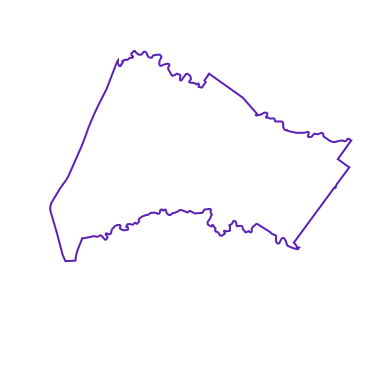 outline of Moreland, Victoria, Australia, rotated 298°
{"feature_id": "25037944B23324068897437", "entity_name": "Moreland", "entity_type": "district", "adm_level": 2, "iso_a3": "AUS", "parent_name": "Australia", "parent_adm1": "Victoria", "projection": "robinson", "projection_center": [144.955, -37.736], "detail": "fine", "context": "isolated", "style": "outline", "palette": "violet", "viewbox_px": 384, "rotation_deg": 298, "n_neighbors": 0, "source": "geoboundaries", "source_scale": "gbopen_adm2", "svg_char_len": 6060}
<svg xmlns="http://www.w3.org/2000/svg" viewBox="0 0 384 384"><g transform="rotate(298 192 192)"><path d="M76.7,121.3L78.9,120.4L83.6,118.9L87.0,118.3L99.7,116.8L101.0,119.1L102.8,121.1L104.7,123.5L106.7,125.7L107.2,126.6L107.5,128.3L107.9,129.2L108.5,129.9L110.6,131.3L110.9,131.7L110.9,132.6L109.1,137.5L109.3,138.2L110.0,138.6L111.8,138.9L112.1,138.9L112.5,138.5L113.1,137.5L114.1,135.7L114.3,135.5L114.7,135.5L115.2,135.6L115.3,135.8L115.7,138.7L116.2,139.3L117.1,139.8L118.1,139.8L119.8,139.1L120.7,139.0L122.4,139.0L124.0,139.7L125.3,139.8L125.9,140.1L127.9,141.6L128.2,142.1L128.9,143.6L128.8,144.5L128.5,144.9L126.9,145.0L125.8,145.9L125.8,146.4L125.9,148.3L126.3,150.1L128.1,152.4L128.8,153.1L129.1,153.1L130.2,152.4L130.9,151.6L130.8,151.2L130.4,150.5L130.4,150.3L131.6,150.0L133.2,150.2L134.3,151.8L134.8,152.9L135.0,154.2L135.2,154.9L135.6,155.3L137.3,155.8L138.0,156.1L138.2,156.4L138.1,158.0L138.2,158.5L139.1,158.6L140.7,159.2L141.5,159.0L142.0,158.3L142.7,157.9L143.8,158.0L146.8,159.4L150.0,162.1L150.8,163.5L151.5,164.1L153.9,165.2L154.4,165.8L156.0,168.2L156.7,170.1L156.8,171.2L156.7,172.2L157.0,172.8L157.4,173.1L158.0,173.3L158.6,173.3L160.2,172.7L161.3,172.6L162.2,173.2L162.5,173.8L162.0,174.9L162.1,175.2L162.2,175.5L162.6,175.8L163.3,175.9L163.8,176.3L163.8,177.0L163.8,177.4L163.5,177.9L163.0,178.3L162.3,178.6L161.7,179.3L160.9,181.4L160.9,182.2L161.1,183.0L161.7,183.8L164.5,185.1L165.1,186.2L165.7,186.5L167.7,188.3L170.4,189.8L171.1,191.2L171.8,197.5L172.0,197.9L174.0,198.6L174.4,199.4L174.4,204.1L174.4,204.6L174.8,205.2L178.4,210.8L179.1,211.1L181.6,211.1L182.4,211.3L182.7,211.6L183.8,213.4L185.6,215.8L185.4,216.7L185.1,217.1L183.8,217.4L183.6,217.7L182.2,218.4L181.7,219.8L181.2,220.2L179.2,220.0L178.2,220.4L176.4,220.4L173.1,219.9L171.6,220.5L171.1,220.9L170.7,221.4L170.7,221.9L170.5,224.8L170.7,225.2L171.0,225.4L172.4,225.5L172.6,225.7L172.6,226.3L171.7,227.4L171.2,228.9L170.5,230.1L169.2,230.3L168.4,231.1L168.2,231.7L168.5,232.7L168.6,233.9L167.7,235.8L167.0,236.7L166.8,237.3L167.2,238.4L167.7,239.0L170.8,240.6L171.4,240.2L172.2,238.7L172.5,238.6L173.0,238.7L173.5,240.8L173.9,241.5L175.0,243.1L175.8,243.6L177.3,242.7L179.0,242.2L179.5,241.6L179.8,240.8L180.2,240.6L180.5,240.7L181.1,241.4L182.5,242.1L183.6,242.3L185.3,242.0L186.0,242.4L186.4,243.0L186.2,244.5L186.0,245.1L185.1,246.0L183.2,247.2L183.0,247.8L183.2,248.3L184.2,249.6L184.8,250.5L185.3,251.9L185.2,252.5L185.0,252.9L182.9,254.4L182.7,255.0L182.5,256.4L181.6,257.6L181.6,258.4L184.0,260.4L184.0,261.1L183.8,261.7L183.8,262.4L184.1,263.0L184.5,263.2L185.2,263.3L187.5,262.0L189.6,262.1L193.8,263.7L194.3,264.3L194.4,265.0L193.3,279.6L193.3,280.2L192.7,281.2L192.6,283.3L193.0,285.8L193.0,286.2L192.5,287.0L187.8,289.4L187.1,290.3L186.8,291.9L187.0,292.6L187.7,293.1L192.7,293.0L193.2,293.1L194.0,293.7L194.4,294.6L194.1,295.5L192.7,298.0L190.1,300.5L189.6,301.2L189.4,301.9L189.9,307.5L190.6,310.4L191.1,312.3L193.2,312.7L192.5,310.6L193.6,309.4L194.0,308.4L194.5,307.6L194.8,306.2L195.1,305.7L263.2,315.7L263.1,316.7L266.3,316.1L287.7,319.3L288.0,316.0L289.5,305.3L296.4,306.3L299.4,306.7L309.3,307.9L309.3,308.0L312.2,308.4L312.1,307.5L312.5,306.5L312.5,305.4L312.4,304.9L311.5,304.2L310.0,304.2L309.5,304.0L308.9,303.5L308.3,302.6L308.2,301.1L307.8,300.1L306.7,298.5L304.0,295.6L302.6,293.7L302.2,292.3L301.9,289.6L302.4,285.9L302.7,282.6L302.8,282.2L303.4,281.6L304.3,281.1L305.2,280.0L305.2,279.4L305.1,278.8L304.4,278.0L302.4,276.3L302.0,275.8L301.5,274.9L301.2,273.0L300.7,272.6L299.4,272.1L297.5,271.9L296.1,270.8L295.6,269.7L295.4,269.2L295.4,268.5L295.8,268.0L296.5,267.8L298.0,267.8L298.9,267.5L299.5,266.9L299.6,266.1L297.1,263.5L294.2,258.2L292.8,255.1L292.7,254.3L291.7,251.0L291.2,248.5L290.9,247.4L291.3,246.6L290.5,245.6L290.4,245.2L290.5,244.6L290.8,243.9L292.1,242.2L292.4,241.8L293.2,241.6L294.0,240.8L294.8,240.7L295.8,239.9L296.4,239.1L296.3,238.1L295.3,236.1L295.1,235.5L294.4,234.4L293.5,232.8L293.5,232.5L293.7,232.1L295.4,230.2L295.4,229.7L293.4,226.3L293.5,224.1L293.0,223.4L292.7,223.2L292.5,222.6L292.9,222.1L294.7,222.3L295.8,222.1L296.7,221.5L296.9,221.0L296.9,220.3L296.6,219.5L295.8,218.5L292.9,216.6L292.2,215.9L291.1,214.5L290.0,213.4L289.7,212.4L289.8,212.2L291.6,212.5L299.1,192.6L304.5,151.5L302.8,151.2L302.6,151.5L296.4,150.6L295.5,152.5L288.9,151.7L287.9,148.6L289.8,148.0L290.8,146.8L289.1,145.5L289.3,145.0L289.4,143.5L288.4,140.5L288.0,139.8L287.7,138.2L287.9,137.8L288.5,137.7L291.2,138.1L292.6,136.9L293.2,136.6L293.9,135.4L294.2,132.2L293.7,131.6L293.4,131.4L291.4,131.0L290.2,131.0L288.6,130.4L287.6,130.6L286.3,130.5L285.6,130.1L285.1,129.5L285.1,129.1L285.2,128.8L285.7,128.5L288.7,127.4L289.6,126.8L289.8,126.2L289.5,123.3L289.2,122.9L287.4,122.2L285.5,120.1L285.4,119.7L286.0,118.5L287.8,115.9L288.5,114.6L289.2,113.4L290.5,112.6L293.5,112.5L293.9,112.0L294.1,111.6L294.1,111.1L293.8,110.4L293.4,109.7L290.9,106.9L289.5,106.1L289.0,105.6L288.7,105.0L288.5,104.5L288.7,104.1L289.2,103.5L290.3,102.7L292.8,101.7L293.2,101.6L295.7,101.8L296.5,101.8L297.0,101.3L297.8,100.2L298.0,99.8L298.1,99.0L297.6,97.7L297.1,97.4L295.6,95.0L295.2,94.8L294.6,93.8L293.9,93.5L291.8,93.5L291.4,93.0L291.2,92.4L290.8,91.4L290.8,90.2L292.0,88.0L292.8,87.3L293.3,86.7L293.7,85.8L293.8,85.2L293.6,84.3L293.3,83.7L291.5,83.2L290.6,83.2L289.0,82.3L288.6,81.3L288.6,80.4L288.2,79.6L288.8,78.1L288.9,76.8L289.5,75.9L289.6,75.1L289.2,74.5L287.1,74.0L286.0,73.5L285.6,73.5L284.8,74.0L284.3,74.6L284.1,75.3L284.2,75.9L284.0,76.2L283.6,76.5L282.9,76.4L282.1,76.0L281.9,75.2L281.0,74.0L279.0,73.4L278.5,73.0L278.2,72.6L278.1,71.9L277.7,71.6L277.1,70.4L276.2,70.3L275.5,69.3L274.7,69.0L274.3,69.3L274.1,69.9L273.4,70.1L272.6,70.1L271.9,69.7L269.9,69.9L269.6,69.4L269.8,69.4L269.4,68.8L269.4,68.3L270.3,66.9L271.2,65.7L271.9,65.2L273.0,65.2L273.5,64.9L271.8,64.7L243.2,68.2L224.0,68.6L214.1,69.1L200.7,70.3L188.7,72.1L180.7,73.0L148.6,75.4L143.7,75.3L134.0,73.9L117.5,73.0L115.4,73.1L112.9,73.7L111.1,74.4L109.5,75.4L107.0,77.7L92.1,92.2L75.8,107.3L71.5,112.7L76.7,121.3Z" fill="none" stroke="#5b21b6" stroke-width="2"/></g></svg>